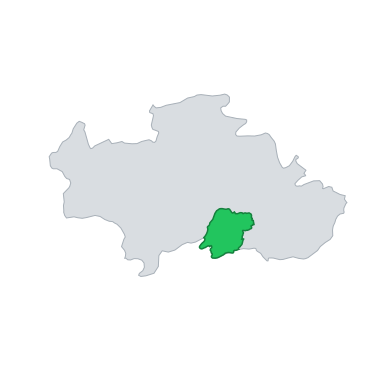 location of Južno-Banatski within Republic of Serbia, rotated 137°
{"feature_id": "SRB-1060", "entity_name": "Južno-Banatski", "entity_type": "District", "adm_level": 1, "iso_a3": "SRB", "parent_name": "Republic of Serbia", "parent_adm1": "", "projection": "robinson", "projection_center": [20.779, 44.991], "detail": "fine", "context": "in_parent", "style": "filled", "palette": "green", "viewbox_px": 384, "rotation_deg": 137, "n_neighbors": 0, "source": "natural_earth", "source_scale": "10m", "svg_char_len": 6754}
<svg xmlns="http://www.w3.org/2000/svg" viewBox="0 0 384 384"><g transform="rotate(137 192 192)"><path d="M215.0,150.6L223.6,153.0L227.6,155.3L229.6,158.2L235.1,160.2L244.1,161.2L250.3,164.2L253.9,169.3L259.6,168.1L267.4,160.5L275.2,158.5L282.8,162.1L287.0,165.1L287.8,167.5L286.0,168.4L281.7,168.0L278.2,169.4L275.5,172.8L275.2,176.4L277.1,180.1L279.8,182.8L283.3,184.2L285.2,186.2L285.5,188.7L286.4,189.4L284.4,190.5L282.3,192.3L281.1,195.3L280.8,200.1L274.0,203.9L271.5,204.6L270.3,207.1L268.6,214.1L268.8,219.5L269.8,222.2L270.2,224.4L272.5,227.1L274.5,231.3L275.9,236.8L278.9,241.0L286.5,245.2L290.2,247.6L293.1,251.1L295.2,254.3L301.5,258.6L301.1,261.6L299.7,264.6L298.3,266.0L295.2,269.8L292.2,271.9L287.2,278.6L279.3,279.0L277.5,279.5L274.5,281.3L273.0,284.7L274.5,287.4L274.4,290.1L273.0,295.4L274.9,301.1L277.7,303.7L278.2,305.2L277.7,307.8L273.6,313.2L272.4,315.2L268.2,316.2L266.7,315.7L264.6,313.8L262.6,313.3L257.6,315.4L252.5,316.8L248.5,315.8L244.6,315.6L241.9,316.5L239.8,316.9L235.8,319.2L229.3,320.9L226.3,320.6L225.2,318.4L224.0,315.2L224.6,313.8L228.8,311.3L229.3,309.0L235.2,297.6L236.4,293.9L236.4,292.7L234.8,291.9L231.6,292.0L217.0,287.3L217.7,282.1L213.4,279.2L208.8,276.7L208.0,273.8L202.9,268.1L199.2,264.9L194.4,263.3L190.3,261.0L187.8,259.5L186.7,256.9L186.7,255.3L185.5,253.8L183.5,253.9L180.1,256.0L176.0,257.9L175.3,259.2L176.8,262.4L177.9,264.4L177.4,266.3L176.1,268.7L168.1,274.1L167.2,275.9L168.7,278.9L167.8,280.3L161.1,282.3L161.3,280.7L160.9,278.0L157.1,275.2L151.7,273.0L139.8,265.6L135.2,264.6L131.1,263.7L125.2,260.2L122.2,259.5L118.9,257.0L111.7,248.4L105.5,243.7L101.3,241.3L100.1,239.0L99.9,236.6L100.0,235.8L103.2,232.4L105.7,232.0L108.9,231.8L110.9,233.6L113.7,233.9L115.2,231.7L116.1,228.6L115.7,224.6L109.2,215.3L103.5,208.8L102.9,207.4L104.1,206.1L106.1,205.5L108.2,206.0L113.8,206.5L119.1,205.9L120.9,204.3L120.9,202.2L119.0,200.2L112.8,194.9L108.0,190.2L102.3,186.6L98.1,185.1L96.9,183.3L96.4,181.3L96.9,177.7L97.2,173.2L98.2,170.3L102.0,164.9L105.7,159.1L108.0,153.6L109.2,148.5L108.8,147.0L106.9,145.9L102.9,144.8L97.3,145.8L92.6,147.6L90.8,147.8L90.2,145.5L90.9,144.5L92.4,144.6L93.6,145.0L94.9,144.0L95.7,140.9L93.8,130.2L97.4,129.3L97.4,127.7L97.8,126.4L101.4,128.2L106.5,128.3L111.0,127.9L111.7,126.8L111.7,125.3L110.7,124.1L109.2,123.2L108.0,121.7L105.0,121.1L95.5,117.2L90.9,113.2L91.1,108.8L92.5,106.5L94.1,105.6L93.7,104.8L88.3,102.8L86.5,100.1L88.1,96.5L85.4,89.2L82.5,84.8L85.4,82.8L85.8,80.1L86.0,78.5L87.2,78.6L91.8,76.7L93.5,75.2L94.5,73.5L95.6,73.0L98.7,74.9L102.0,75.1L105.6,73.9L108.4,72.2L111.7,70.9L113.2,69.9L115.1,68.4L118.9,64.0L123.3,63.1L129.1,64.2L135.4,64.6L140.1,63.6L152.0,64.9L154.5,65.9L156.2,67.0L159.3,70.8L162.3,75.7L166.4,78.0L171.4,80.6L173.9,82.6L177.7,88.4L180.7,91.3L181.6,91.2L182.6,90.4L183.3,89.8L184.1,90.4L184.2,92.1L184.3,96.1L183.6,100.3L184.7,104.2L184.7,105.5L184.0,106.6L184.1,107.6L185.1,108.7L189.2,111.3L192.9,115.4L197.2,118.2L201.2,120.0L203.8,120.2L207.9,123.4L216.1,125.8L218.7,126.6L220.5,128.0L221.8,129.5L221.9,131.2L220.7,132.0L218.9,134.3L218.2,137.0L216.9,137.7L215.6,137.8L214.6,138.6L214.8,139.8L215.9,140.9L217.6,141.9L220.9,143.0L224.1,144.5L224.1,145.7L223.5,147.0L219.4,147.5L216.3,147.7L214.9,148.3L215.0,150.6Z" fill="#d9dde1" stroke="#a8b0b8" stroke-width="1"/><path d="M196.8,118.2L199.3,119.2L199.9,119.6L200.3,120.0L200.8,120.4L201.4,120.5L201.9,120.3L202.8,119.5L203.3,119.4L204.2,119.9L206.0,122.3L206.8,123.1L208.6,124.2L209.5,124.6L211.7,124.6L217.4,126.2L218.8,126.9L220.2,127.8L221.5,129.2L222.0,129.7L222.2,130.6L222.0,131.4L221.4,131.9L220.7,131.9L220.2,132.2L219.7,132.6L219.3,133.1L219.4,133.6L219.4,134.1L219.4,134.4L219.2,134.7L218.8,135.1L218.6,135.4L218.4,136.3L218.4,136.8L218.2,137.1L217.6,137.6L217.0,137.8L215.7,137.8L215.2,138.1L214.8,138.6L214.5,139.3L214.6,139.8L215.4,140.0L216.3,140.0L216.4,140.4L216.3,140.8L216.3,141.2L217.6,141.9L220.1,142.3L221.4,142.9L223.3,143.5L224.0,144.1L224.5,145.2L224.3,146.4L223.6,147.0L221.4,147.5L219.9,147.7L216.9,147.6L215.5,148.1L214.8,148.6L214.3,149.3L214.1,150.2L215.0,150.6L212.9,150.7L210.2,151.4L207.8,152.5L206.0,153.8L205.5,154.4L205.1,155.2L204.7,155.8L204.0,156.0L202.7,155.9L201.9,156.0L201.4,156.2L200.1,157.2L198.0,157.5L195.5,157.8L189.8,160.7L186.8,161.5L185.2,161.2L183.5,161.0L182.4,160.3L181.2,159.2L179.4,156.7L178.7,156.0L177.2,155.2L176.6,154.6L176.3,153.8L176.4,153.1L176.9,149.9L176.8,149.1L176.1,148.7L174.6,148.5L174.7,147.4L174.9,147.2L175.0,147.0L175.0,146.9L175.0,146.6L174.9,146.5L174.8,146.3L174.5,146.1L174.2,145.7L173.8,145.3L173.5,145.1L173.3,145.0L173.2,144.9L172.7,144.8L172.5,144.7L171.9,144.4L171.3,144.2L171.0,144.1L170.7,143.9L170.3,143.5L170.0,143.2L169.9,143.0L169.6,142.7L169.5,142.4L169.5,141.9L169.5,141.7L169.4,141.4L169.2,141.2L168.6,141.1L168.3,141.1L168.2,141.0L167.9,140.8L167.4,140.4L167.1,140.1L166.9,139.8L166.8,139.7L166.7,139.4L166.7,139.2L166.0,138.7L165.6,138.5L164.9,138.0L164.7,137.9L164.5,137.7L164.4,137.5L164.3,137.3L164.3,137.1L164.2,136.7L163.9,136.0L163.9,135.9L163.9,135.7L164.1,135.3L164.1,135.2L164.1,134.9L164.4,134.3L164.8,133.9L165.1,133.6L165.4,133.4L165.5,133.3L166.0,132.7L166.1,132.4L166.2,132.2L166.0,131.8L165.9,131.7L166.0,131.5L166.3,131.2L166.5,131.1L166.8,131.0L166.9,130.9L167.1,130.8L167.2,130.7L167.3,130.6L167.3,130.4L167.2,130.2L167.0,129.9L166.7,129.5L166.6,129.4L166.7,129.2L166.8,129.0L167.2,128.5L167.3,128.4L167.5,128.1L167.7,127.7L167.8,127.5L168.3,126.9L168.4,126.7L168.5,126.3L168.6,126.1L168.8,126.0L168.9,125.9L169.0,125.9L169.2,126.0L169.3,126.1L169.3,126.4L169.4,126.5L169.5,126.7L169.8,126.7L170.0,126.7L170.3,126.5L170.5,126.4L170.9,126.5L171.3,126.8L171.6,126.9L171.9,126.9L172.0,126.8L172.1,126.7L172.3,126.4L172.4,125.9L172.6,125.4L172.7,125.2L172.8,125.1L173.0,125.0L173.2,124.9L173.5,124.9L173.8,124.9L173.9,125.0L174.6,125.3L174.8,125.3L175.0,125.4L175.6,125.4L175.8,125.5L176.2,125.6L176.9,125.9L177.4,126.1L177.7,126.3L178.0,126.6L178.2,126.8L179.2,127.3L179.3,127.3L179.6,127.5L179.9,128.0L180.5,128.7L180.8,129.0L181.0,129.2L181.3,129.2L181.5,129.0L181.6,128.9L181.9,128.2L182.0,127.8L182.1,127.6L182.1,127.3L182.1,127.2L182.5,126.9L182.7,126.7L182.8,126.7L183.2,126.6L183.3,126.6L183.5,126.5L183.6,126.4L183.9,126.0L184.0,125.9L184.5,125.7L185.3,125.5L185.4,125.4L185.7,125.2L185.8,125.1L185.9,124.9L186.1,124.7L186.7,124.1L186.9,124.0L187.7,123.6L187.0,123.1L186.4,122.7L186.3,122.4L186.5,122.3L186.6,122.2L187.5,122.0L187.8,121.8L188.0,121.7L188.5,121.4L189.0,121.0L189.8,120.5L190.9,119.8L191.1,119.7L191.5,119.6L191.9,119.5L192.6,119.5L192.8,119.5L193.0,119.5L193.6,119.3L193.8,119.2L194.2,119.2L194.4,119.2L194.6,119.3L195.1,119.4L196.3,119.3L196.4,119.2L196.7,118.8L196.8,118.3L196.8,118.2Z" fill="#22c55e" stroke="#15803d" stroke-width="1.5"/></g></svg>